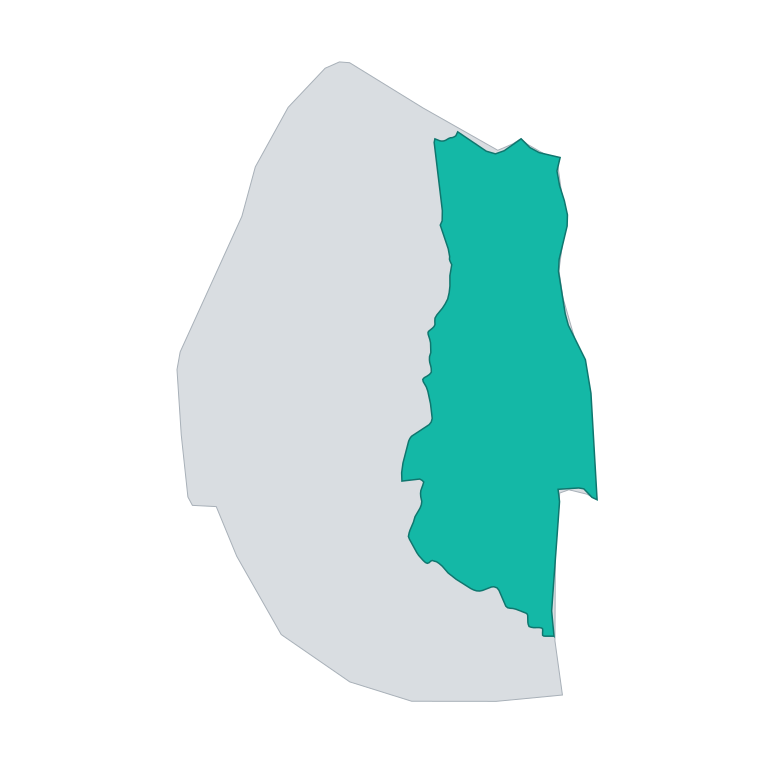 Lubombo highlighted on a map of eSwatini, rotated 356°
{"feature_id": "SWZ-535", "entity_name": "Lubombo", "entity_type": "District", "adm_level": 1, "iso_a3": "SWZ", "parent_name": "eSwatini", "parent_adm1": "", "projection": "equal_earth", "projection_center": [31.73, -26.547], "detail": "fine", "context": "in_parent", "style": "filled", "palette": "teal", "viewbox_px": 768, "rotation_deg": 356, "n_neighbors": 0, "source": "natural_earth", "source_scale": "10m", "svg_char_len": 2510}
<svg xmlns="http://www.w3.org/2000/svg" viewBox="0 0 768 768"><g transform="rotate(356 384 384)"><path d="M537.6,148.8L543.8,154.9L572.4,174.0L574.9,212.1L572.1,255.6L566.4,283.0L568.5,310.3L577.6,352.9L586.2,381.9L588.2,514.1L578.6,508.0L561.0,502.4L551.7,505.0L543.2,564.2L536.6,652.1L540.3,706.7L473.8,708.4L389.5,702.4L329.1,678.8L264.0,626.8L225.1,545.6L208.1,494.6L184.4,491.7L180.5,483.0L178.2,420.7L178.5,355.2L182.9,337.8L226.7,257.1L253.9,206.9L270.8,158.4L307.7,101.3L347.3,64.9L362.0,59.6L372.1,61.1L442.1,111.3L513.8,158.8L529.3,153.4L537.6,148.8Z" fill="#d9dde1" stroke="#a8b0b8" stroke-width="1"/><path d="M537.9,149.0L546.0,158.3L554.9,164.0L575.5,170.4L571.4,183.5L573.0,198.4L576.7,213.7L578.8,228.1L577.7,239.2L567.4,271.9L565.9,284.0L569.7,326.8L572.0,338.4L586.6,373.8L589.8,407.7L588.5,514.3L583.6,511.6L576.0,502.5L571.0,501.3L550.3,501.2L550.9,513.6L545.7,550.1L540.8,584.1L535.4,622.0L536.0,647.5L535.9,647.4L527.0,646.8L525.6,646.5L524.7,645.7L524.8,643.3L525.1,641.1L525.1,639.3L524.2,638.4L521.8,637.8L516.3,637.5L513.8,636.9L511.8,636.0L511.1,633.8L510.9,631.9L511.2,624.8L510.8,623.5L509.7,622.5L500.0,617.9L496.9,616.9L494.1,616.5L491.7,615.8L490.0,614.1L484.3,597.8L482.5,595.2L479.5,593.9L477.0,594.0L467.9,596.8L465.0,597.2L461.9,596.8L459.1,595.7L456.3,594.1L442.4,583.9L434.8,577.0L429.4,569.8L426.4,566.8L423.9,564.9L422.0,564.3L419.8,563.4L418.2,564.0L416.5,565.4L414.7,565.9L412.9,565.0L410.8,562.8L406.7,557.5L405.0,554.6L398.6,540.7L397.7,537.8L398.7,534.2L399.8,531.5L403.7,523.9L405.7,518.5L411.3,510.3L412.8,507.1L413.5,503.8L412.8,499.0L412.8,495.8L413.3,492.9L415.8,487.2L416.8,484.5L415.2,482.7L413.0,481.3L395.1,482.1L395.4,473.8L397.4,464.2L404.6,442.7L405.7,440.7L406.9,439.0L408.2,437.8L426.2,427.7L428.4,425.3L429.7,421.7L429.0,406.8L427.2,394.2L426.0,389.9L423.3,384.4L423.0,382.1L424.6,380.5L427.4,379.2L430.1,377.6L432.0,375.6L432.2,372.2L432.0,370.0L431.1,365.5L431.0,363.1L431.3,359.9L432.9,355.9L433.3,346.2L432.8,342.8L431.5,337.5L431.5,335.7L432.1,334.6L436.2,331.7L438.0,330.1L439.0,328.2L439.1,324.7L439.5,321.8L441.6,318.7L447.6,312.4L450.6,308.4L453.5,303.6L455.4,297.4L456.6,290.9L457.3,280.5L459.9,269.7L458.5,266.2L458.0,264.1L458.4,261.5L457.5,253.6L451.2,229.4L453.4,225.3L454.3,215.1L450.9,146.5L451.9,143.0L456.7,145.3L458.5,145.7L460.5,145.7L462.4,145.2L465.8,143.5L467.5,143.0L469.3,143.0L471.4,142.3L473.0,141.4L475.1,137.6L502.3,158.9L511.2,162.2L520.1,159.7L537.9,149.0Z" fill="#14b8a6" stroke="#0f766e" stroke-width="1.5"/></g></svg>